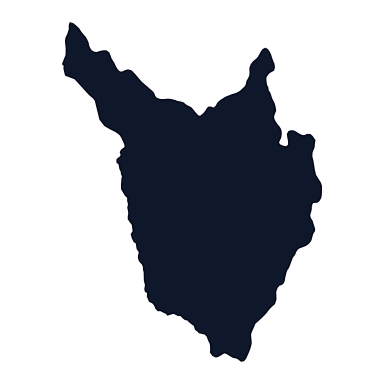 outline of Nova Guarita, Mato Grosso, Brazil
{"feature_id": "56859067B53302973548403", "entity_name": "Nova Guarita", "entity_type": "district", "adm_level": 2, "iso_a3": "BRA", "parent_name": "Brazil", "parent_adm1": "Mato Grosso", "projection": "natural_earth1", "projection_center": [-55.345, -10.288], "detail": "fine", "context": "isolated", "style": "filled", "palette": "ink", "viewbox_px": 384, "rotation_deg": 0, "n_neighbors": 0, "source": "geoboundaries", "source_scale": "gbopen_adm2", "svg_char_len": 4303}
<svg xmlns="http://www.w3.org/2000/svg" viewBox="0 0 384 384"><path d="M62.8,64.0L64.4,65.5L64.2,68.7L65.0,72.2L65.7,75.1L75.0,78.6L89.8,94.8L93.6,97.9L95.5,100.5L100.1,119.3L104.8,125.4L106.6,126.5L110.2,128.6L114.3,130.6L116.0,131.5L118.4,133.2L120.2,134.7L121.8,137.1L123.1,140.0L124.0,141.9L125.1,144.4L125.3,147.4L121.6,150.1L120.5,152.2L121.4,154.7L120.6,156.9L118.5,158.3L117.1,159.8L117.2,162.4L119.2,163.8L119.7,166.5L120.1,168.9L121.4,171.4L121.7,174.2L122.8,176.1L122.2,178.5L122.0,181.4L121.7,184.5L121.8,189.0L123.5,191.9L125.5,195.3L127.9,197.4L127.9,201.0L128.8,204.2L128.0,207.7L128.8,211.1L129.0,213.9L128.5,216.5L128.5,219.0L130.3,221.7L132.5,224.5L133.0,228.2L133.3,231.5L131.5,234.2L132.5,238.0L134.2,241.5L136.6,243.2L136.9,246.2L137.4,249.0L138.8,250.6L139.6,252.9L138.8,255.3L138.6,257.8L139.6,261.0L142.3,263.8L143.7,266.7L143.7,269.4L144.4,272.3L144.5,276.1L144.6,280.3L145.0,282.4L145.7,284.5L145.5,286.7L145.0,288.9L145.6,291.4L147.9,292.6L147.6,296.5L149.6,301.2L152.7,302.7L154.6,304.9L156.2,308.6L158.1,310.5L160.4,310.3L164.2,312.3L166.0,312.9L167.6,314.8L170.7,313.9L173.4,313.0L175.4,313.9L178.0,315.2L181.0,315.4L183.0,317.6L185.3,319.4L187.6,319.7L189.4,321.6L192.7,324.3L194.4,325.3L195.6,329.3L197.8,331.0L199.2,332.5L201.7,333.1L205.1,333.9L207.4,336.3L208.2,338.7L209.1,340.9L210.3,343.2L210.8,345.5L210.9,350.0L210.7,352.4L212.8,355.2L215.9,356.8L218.0,356.2L220.4,354.9L224.1,352.5L227.1,353.4L229.8,355.2L233.1,357.1L237.5,358.1L241.3,361.0L243.7,360.5L245.4,358.4L247.1,354.7L248.4,351.7L249.8,348.1L250.5,345.6L251.0,343.0L250.7,339.1L250.3,335.8L250.5,333.5L251.4,331.1L252.4,328.9L253.6,326.1L254.9,323.1L256.6,321.7L258.8,319.8L261.9,316.8L264.4,314.4L266.3,312.2L268.6,309.1L271.1,306.5L274.3,303.7L275.7,299.5L275.6,294.9L275.4,292.1L276.1,289.6L277.1,287.3L279.1,285.0L281.4,284.3L283.1,282.9L284.0,280.7L284.5,277.6L285.7,272.5L286.7,269.8L288.3,267.6L289.3,265.1L290.5,261.8L292.3,257.1L294.4,254.5L295.4,251.9L297.1,249.2L299.3,247.6L301.7,246.8L305.5,245.3L307.6,243.9L309.6,241.9L310.8,239.9L312.0,235.3L312.9,232.8L314.2,231.1L314.4,228.9L312.7,223.7L312.0,221.2L310.0,218.0L309.4,215.0L310.4,211.7L311.0,209.5L311.1,206.0L312.4,202.4L315.4,202.1L317.2,202.0L318.8,200.7L320.5,197.9L321.0,195.4L321.2,192.4L321.2,186.0L320.3,183.1L315.3,175.0L314.1,169.8L312.7,160.9L311.9,157.9L311.6,155.6L311.9,152.1L313.9,147.1L314.2,143.2L314.7,140.2L313.5,138.6L312.1,136.5L310.0,134.7L307.1,134.7L305.0,135.7L302.7,135.9L300.3,135.0L298.1,133.8L295.8,132.3L293.9,131.3L291.6,130.9L289.0,131.6L287.6,134.1L288.0,137.2L288.8,141.3L288.8,144.8L286.6,147.1L284.1,146.7L282.1,146.1L279.8,145.0L278.2,142.9L278.9,140.8L280.5,137.5L281.0,134.4L281.0,131.9L280.4,129.4L278.8,126.8L276.9,124.6L275.0,121.8L273.7,119.2L273.3,116.7L274.2,113.5L275.4,110.8L275.0,107.4L274.0,103.8L272.9,101.4L271.7,99.1L270.9,96.9L270.3,94.9L269.6,92.9L268.0,90.7L267.6,87.5L266.3,85.1L265.9,82.5L265.6,79.8L265.7,77.3L267.1,74.8L269.1,72.6L271.3,71.3L273.4,70.2L274.2,67.4L273.8,64.1L272.9,62.1L271.5,58.4L270.4,54.8L269.1,52.1L267.6,49.9L265.5,48.5L263.1,49.6L261.3,52.2L259.8,55.0L258.1,57.7L256.6,59.3L254.9,60.7L253.2,62.2L251.3,64.8L250.2,67.7L250.1,70.0L250.3,73.0L249.9,76.1L248.7,78.6L247.1,81.4L246.5,84.6L245.2,87.0L242.6,89.3L240.8,91.1L238.3,92.7L236.4,93.6L234.6,94.2L232.3,94.8L229.1,96.1L225.8,97.4L223.0,99.1L220.9,100.5L219.1,101.9L217.6,103.7L216.4,106.1L213.7,108.5L210.8,107.3L208.5,107.4L207.1,109.2L205.8,111.3L203.8,113.8L201.0,116.1L199.2,116.6L197.3,115.4L194.9,112.7L193.1,110.4L191.2,108.2L189.0,106.9L186.0,105.4L183.1,103.0L180.0,102.1L177.6,101.8L175.2,100.8L171.8,99.9L169.9,99.6L168.0,99.4L165.0,99.7L162.5,99.8L160.3,99.7L157.9,99.0L156.0,98.1L154.5,96.2L153.5,93.3L151.6,91.2L149.5,89.5L148.0,88.1L146.4,86.7L143.9,84.6L141.4,82.4L139.5,80.3L137.0,77.3L134.2,74.1L131.3,71.1L128.1,70.1L125.7,70.7L123.4,71.8L121.2,72.5L119.0,71.7L117.6,70.4L116.5,68.7L115.3,66.8L113.7,63.3L111.9,60.4L110.7,58.4L109.9,55.9L108.7,52.9L106.0,51.0L102.8,51.1L99.4,51.9L96.9,52.8L93.8,52.4L91.0,50.6L89.5,48.3L88.5,46.1L87.9,42.8L86.5,39.7L85.1,37.3L83.5,35.5L80.9,32.4L78.5,28.7L75.9,26.3L73.4,24.1L70.2,23.0L69.5,25.1L69.5,29.6L67.9,34.4L66.1,38.1L65.7,41.4L66.4,48.2L66.4,52.4L66.2,55.4L63.9,61.1L62.8,64.0Z" fill="#0f172a" stroke="#020617" stroke-width="1.5"/></svg>